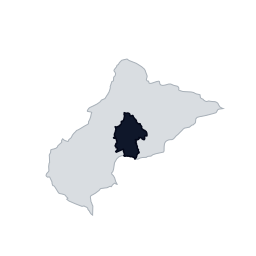 location of Ouaka within Central African Republic, rotated 335°
{"feature_id": "CAF-809", "entity_name": "Ouaka", "entity_type": "Prefecture", "adm_level": 1, "iso_a3": "CAF", "parent_name": "Central African Republic", "parent_adm1": "", "projection": "mercator", "projection_center": [20.78, 6.114], "detail": "fine", "context": "in_parent", "style": "filled", "palette": "ink", "viewbox_px": 256, "rotation_deg": 335, "n_neighbors": 0, "source": "natural_earth", "source_scale": "10m", "svg_char_len": 8282}
<svg xmlns="http://www.w3.org/2000/svg" viewBox="0 0 256 256"><g transform="rotate(335 128 128)"><path d="M173.6,98.0L175.7,98.6L176.1,99.3L175.5,101.4L175.9,102.8L177.1,103.9L178.4,104.4L179.5,104.7L183.6,105.4L185.3,106.2L187.5,108.7L190.4,111.0L191.0,112.3L190.9,113.4L190.1,114.7L190.2,115.3L191.5,116.6L193.0,118.0L195.7,119.5L200.4,122.0L202.5,123.6L203.3,124.8L204.5,126.1L206.1,127.3L207.3,128.3L206.5,130.9L206.7,131.8L207.1,132.5L208.1,133.5L208.5,134.9L209.5,136.5L210.6,137.3L212.6,137.6L213.6,138.4L215.7,139.7L217.8,140.8L218.7,141.6L219.2,142.3L219.7,143.1L219.9,144.0L219.9,145.7L220.3,148.0L221.4,149.5L222.4,150.6L218.2,149.3L217.6,149.3L216.9,149.5L214.7,151.1L214.0,151.3L211.2,150.9L204.5,149.7L199.4,148.5L197.8,148.0L195.1,147.6L193.3,148.4L191.6,151.3L191.1,151.8L188.4,152.7L187.1,152.4L184.0,153.2L179.2,152.0L177.5,152.3L176.2,152.9L172.8,154.1L170.7,154.9L168.3,155.5L165.9,156.6L164.4,157.1L162.9,157.1L161.5,156.5L160.0,156.0L158.2,155.9L156.4,156.2L154.8,157.3L154.1,158.2L152.8,160.3L151.1,163.8L150.5,164.5L149.9,164.8L142.4,163.1L139.2,162.7L137.0,163.2L134.3,162.2L133.1,162.1L132.6,162.4L131.0,161.9L128.6,160.8L126.2,160.3L124.1,160.4L122.8,160.0L121.7,158.9L120.4,156.8L117.9,154.7L114.7,153.0L112.6,151.7L111.8,150.9L110.1,150.4L107.4,150.3L104.8,151.2L101.1,153.8L97.6,159.1L95.7,161.2L94.2,161.7L93.8,163.0L94.6,165.1L94.8,167.5L94.2,171.5L94.4,174.4L93.6,173.9L92.8,172.6L92.4,172.3L90.2,172.9L89.0,173.5L88.4,174.0L87.9,174.1L87.1,173.3L86.6,173.2L85.7,173.3L84.8,173.3L84.2,173.2L83.8,173.3L82.7,172.9L78.8,171.7L78.1,171.4L77.3,171.4L75.3,172.4L74.2,172.6L71.0,173.3L67.5,173.6L66.2,173.6L65.3,174.0L64.7,174.6L63.6,178.3L63.3,179.0L63.4,179.9L63.1,182.9L63.2,183.8L59.1,192.0L58.4,190.7L58.0,189.1L57.8,187.2L57.9,186.7L57.6,186.2L57.3,184.7L57.6,183.7L57.3,182.7L56.5,181.7L55.8,181.0L55.4,180.3L55.0,180.0L54.2,179.9L53.1,179.5L48.5,174.7L43.7,169.3L42.8,167.6L42.4,166.6L43.5,166.4L43.8,166.3L43.8,165.8L43.1,164.4L42.8,162.6L42.2,161.6L40.3,159.9L38.5,158.6L37.9,158.0L37.6,157.1L36.9,151.2L36.6,149.6L36.1,148.8L35.6,148.5L35.5,148.1L35.6,147.1L35.8,146.1L35.8,145.8L36.3,144.9L36.3,139.5L35.7,138.8L34.6,138.8L34.0,138.0L33.6,137.0L33.7,136.3L34.7,135.2L35.4,134.8L37.5,133.9L38.1,133.5L38.4,132.9L38.7,132.2L39.8,129.4L41.6,126.6L42.4,126.1L44.1,122.0L44.6,120.9L44.9,119.9L45.4,119.0L47.4,117.6L48.8,115.2L50.4,115.3L52.1,115.7L54.2,115.9L55.8,115.5L56.9,114.5L61.9,112.9L62.3,111.6L63.1,110.9L64.0,110.3L64.3,110.2L64.4,110.6L65.0,112.0L66.1,113.3L67.8,114.8L68.3,114.7L69.4,113.6L72.0,112.9L72.7,112.6L74.6,111.0L76.8,109.9L78.1,109.5L80.4,108.5L82.0,108.6L84.7,108.4L89.0,107.9L92.2,107.7L93.7,107.5L94.1,107.3L94.8,105.8L95.2,105.3L96.4,104.6L98.7,102.3L100.2,100.3L100.7,99.5L101.0,99.4L101.7,98.6L101.0,97.7L98.4,95.9L98.5,95.7L98.3,95.4L98.5,95.1L99.4,94.4L100.8,93.6L102.2,93.3L105.9,93.3L109.1,93.2L109.8,93.2L112.3,92.8L114.0,92.4L115.7,91.5L119.6,91.6L122.9,89.4L123.8,89.1L124.2,88.7L124.4,88.4L125.9,87.5L127.6,85.7L129.0,84.1L129.3,83.0L133.0,79.1L134.3,79.2L135.0,78.7L136.4,76.1L136.9,75.7L138.4,75.2L139.1,74.4L139.8,73.3L139.8,71.9L139.5,70.8L139.5,70.2L139.8,69.7L140.4,69.2L143.3,67.8L144.0,67.2L144.4,66.6L145.2,66.4L146.0,66.5L146.6,66.1L147.2,65.5L149.1,64.6L151.0,64.0L152.8,64.3L156.3,65.1L157.3,67.0L157.8,67.6L162.0,72.0L162.9,73.0L165.0,76.2L166.3,78.3L167.7,81.4L167.9,83.0L167.7,84.4L167.4,88.5L167.0,89.6L165.1,91.8L165.1,92.8L165.4,93.6L166.0,93.9L166.4,94.3L166.1,96.2L166.8,96.9L168.2,97.4L171.7,97.8L173.6,98.0Z" fill="#d9dde1" stroke="#a8b0b8" stroke-width="1"/><path d="M121.3,159.1L121.2,159.1L121.1,158.8L121.2,158.5L121.3,158.2L121.3,157.7L121.1,157.4L120.8,157.1L120.5,157.0L120.4,156.9L120.1,156.2L119.8,155.8L119.6,155.5L119.3,155.4L119.0,155.4L118.4,155.2L118.1,155.0L117.8,154.8L117.1,154.0L116.9,153.8L115.9,153.4L115.4,153.1L115.1,152.8L114.7,152.6L113.4,152.3L113.1,152.2L112.9,152.0L112.8,151.7L112.6,151.3L112.9,151.1L113.0,151.0L113.2,150.9L113.4,150.7L113.7,150.2L113.9,149.2L113.9,148.8L114.0,148.6L114.0,148.3L114.0,147.4L114.1,147.1L114.3,146.7L114.5,146.3L114.6,146.2L114.8,145.9L114.9,145.6L114.9,145.4L114.6,145.2L113.9,145.1L107.7,145.0L107.4,145.0L107.3,144.6L107.2,144.5L107.1,144.4L106.9,144.3L106.9,144.2L107.1,144.0L107.2,143.9L107.4,143.9L108.0,143.8L108.2,143.7L109.6,142.6L109.7,142.3L109.8,142.0L109.8,141.5L109.7,141.3L109.6,141.2L109.0,141.0L108.9,140.9L109.1,140.6L109.1,140.3L108.8,139.0L108.8,138.8L109.0,138.5L110.2,137.5L110.4,137.3L110.4,137.2L110.5,137.1L110.8,137.0L110.8,136.9L111.0,136.9L111.3,137.0L111.5,137.0L111.6,136.9L111.8,136.5L112.0,136.2L112.2,135.9L112.3,135.8L112.3,135.7L112.2,135.4L112.2,135.1L112.5,134.9L112.6,134.7L112.4,134.3L112.4,134.1L112.4,133.8L112.7,133.1L112.8,132.8L112.7,132.6L112.5,132.3L112.2,132.0L112.0,131.9L111.5,131.7L111.3,131.6L111.2,131.5L111.1,131.4L110.9,131.2L110.8,130.9L110.9,130.6L111.4,130.5L111.9,130.6L112.2,130.7L112.6,131.0L112.8,131.0L112.9,130.9L112.9,130.7L112.6,129.0L112.7,128.7L112.8,128.4L113.5,127.4L114.1,126.9L114.8,126.2L115.0,126.1L115.1,125.9L115.4,125.5L115.5,125.2L115.9,124.9L116.1,124.7L116.3,124.4L116.7,123.3L116.8,122.8L116.8,122.0L116.9,121.5L117.0,121.5L117.1,121.8L117.4,121.9L117.6,122.0L117.9,122.1L118.0,122.3L118.5,122.4L118.8,122.4L119.1,122.4L119.5,122.6L119.8,122.6L119.9,122.4L120.1,122.4L120.2,122.5L120.3,122.4L120.8,122.4L120.9,122.5L121.0,122.6L121.4,122.5L121.7,122.2L122.1,121.9L122.3,121.9L122.6,122.0L123.0,121.8L123.9,121.1L124.0,120.9L124.1,120.6L124.5,119.6L124.6,119.4L124.8,119.3L125.3,119.3L125.5,119.3L125.8,119.4L126.0,119.5L126.3,119.5L126.4,119.4L127.4,118.9L127.6,118.7L128.3,117.9L128.5,117.6L129.5,116.2L130.2,115.6L130.3,115.5L130.3,115.4L130.3,115.2L130.1,114.7L130.0,114.4L130.1,114.2L130.3,114.0L130.4,113.9L130.5,113.8L130.6,113.6L130.7,113.2L130.8,113.0L130.8,112.8L131.1,112.6L131.7,113.1L132.2,113.6L132.5,113.8L132.8,114.0L133.8,114.2L134.1,114.4L134.5,114.6L134.8,114.9L135.0,115.2L135.2,115.4L135.3,115.6L135.4,115.9L135.4,116.2L135.2,117.7L135.2,117.9L135.3,118.2L135.5,118.3L136.5,118.5L136.6,118.4L136.8,118.4L137.1,118.4L137.5,118.6L137.7,118.9L137.6,120.3L138.0,122.9L138.1,123.0L138.4,123.2L138.5,123.3L138.5,123.9L138.7,124.6L138.7,124.8L138.6,125.0L138.6,125.3L138.6,125.5L138.2,125.9L138.1,126.0L138.2,126.4L138.3,126.5L138.8,127.8L138.9,128.1L139.0,128.3L139.3,128.5L139.4,128.8L139.5,128.9L139.6,129.0L140.1,129.0L140.3,129.0L140.5,129.1L140.7,129.3L140.8,129.6L140.6,130.2L140.6,130.3L140.7,131.1L141.0,132.2L141.0,132.6L140.9,132.8L140.7,133.1L140.1,134.0L140.0,134.4L140.1,134.5L140.5,134.8L140.7,135.1L140.8,135.3L140.9,135.8L141.1,136.0L141.1,136.3L141.2,136.7L141.3,136.9L141.5,136.9L141.9,137.0L142.1,137.1L142.2,137.3L142.4,138.1L142.6,138.3L142.9,138.9L142.9,139.1L142.9,140.3L142.7,141.1L142.4,141.7L142.3,142.2L142.3,142.4L142.2,142.5L141.9,142.8L141.7,143.1L141.4,143.0L140.9,142.5L140.6,142.4L140.4,142.3L140.1,142.4L139.6,142.8L139.0,143.4L138.9,144.2L138.4,145.0L138.0,145.3L137.8,145.4L137.6,145.4L137.4,145.3L137.2,144.9L136.8,144.7L136.6,144.4L136.3,143.8L136.2,143.7L136.3,143.6L136.3,143.4L136.3,143.2L136.2,143.0L136.0,142.7L135.8,142.4L135.7,142.2L135.3,142.0L135.2,141.9L135.0,141.6L134.9,141.6L134.8,141.8L134.7,141.9L134.6,142.0L134.4,142.0L134.2,141.8L134.1,141.7L134.1,141.8L133.9,141.9L133.6,142.2L133.5,142.3L133.0,142.6L132.8,142.7L132.6,142.7L132.4,142.7L132.0,142.4L131.8,142.4L131.7,142.5L131.3,142.6L131.1,142.6L130.9,142.5L130.7,142.1L130.4,141.9L130.2,141.8L130.1,141.7L129.9,141.7L129.7,141.7L129.7,141.8L129.7,142.0L129.8,142.2L129.9,142.4L130.0,142.5L130.0,142.8L129.9,143.0L129.6,143.3L129.5,143.5L129.6,143.9L129.6,144.0L129.4,144.2L129.3,144.3L128.6,144.4L128.4,144.5L128.4,144.8L128.5,144.9L128.7,145.0L128.8,145.0L129.0,145.2L128.9,145.5L129.0,145.7L129.0,146.0L128.8,146.3L128.6,146.5L128.7,147.6L128.6,148.8L128.5,149.1L128.4,149.3L128.0,149.8L127.9,150.0L127.8,150.4L127.8,150.6L127.9,150.8L128.2,151.5L128.3,151.7L128.3,151.9L128.3,152.0L128.2,152.2L127.8,152.6L127.7,152.9L127.7,153.1L127.7,153.3L127.8,154.1L127.8,154.4L127.8,154.6L127.7,154.9L127.5,155.1L127.3,155.2L127.1,155.2L126.9,155.2L126.6,155.1L126.4,155.1L126.2,155.2L125.6,155.6L125.0,155.9L124.8,156.0L123.8,157.4L123.0,158.2L122.6,158.4L121.3,159.1Z" fill="#0f172a" stroke="#020617" stroke-width="1.5"/></g></svg>